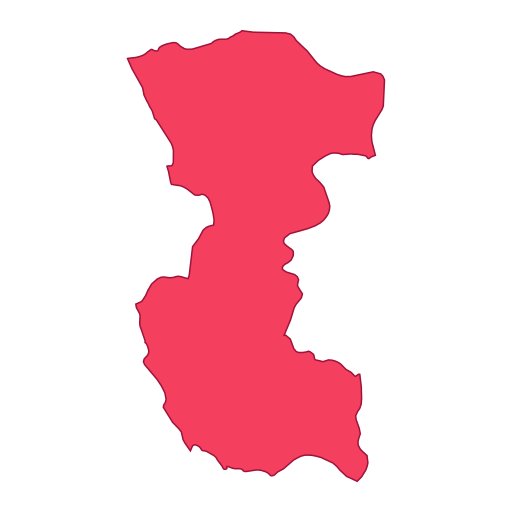 the Province of Bengo
{"feature_id": "AGO-1877", "entity_name": "Bengo", "entity_type": "Province", "adm_level": 1, "iso_a3": "AGO", "parent_name": "Angola", "parent_adm1": "", "projection": "albers", "projection_center": [13.878, -9.029], "detail": "fine", "context": "isolated", "style": "filled", "palette": "rose", "viewbox_px": 512, "rotation_deg": 0, "n_neighbors": 0, "source": "natural_earth", "source_scale": "10m", "svg_char_len": 4208}
<svg xmlns="http://www.w3.org/2000/svg" viewBox="0 0 512 512"><path d="M171.5,184.4L170.6,182.1L168.5,171.4L166.9,166.2L169.0,165.8L170.5,166.0L171.7,165.7L172.8,164.0L173.3,162.5L173.4,150.4L172.7,147.0L171.2,143.2L156.5,120.1L154.6,118.7L152.4,111.4L151.0,108.7L149.8,106.9L147.9,102.7L146.8,101.0L144.0,95.0L142.6,87.7L132.0,68.8L127.5,58.5L128.6,58.3L136.2,57.4L140.3,56.3L143.3,55.1L144.7,54.3L146.0,53.4L146.9,52.5L151.0,49.5L151.7,49.4L152.4,49.6L153.3,50.2L154.0,50.5L155.0,50.8L156.5,51.0L157.4,50.8L158.1,50.3L158.4,49.6L158.5,49.0L158.9,48.3L159.5,47.4L161.4,46.1L163.3,45.2L167.0,43.9L173.0,42.6L174.7,42.6L175.9,42.8L177.4,43.5L180.3,46.2L180.9,46.6L183.1,47.8L183.7,48.3L184.9,48.8L186.6,49.2L190.4,49.2L192.3,49.1L210.6,43.7L211.7,43.2L212.8,42.1L213.9,41.4L215.3,40.5L218.5,39.4L220.6,39.2L226.1,39.2L227.6,38.8L228.7,38.4L229.3,37.9L229.9,37.4L230.6,37.0L232.9,36.0L234.2,35.1L234.7,34.5L235.5,34.1L239.3,32.5L240.7,31.8L241.9,30.7L253.4,32.2L285.6,32.9L290.7,34.2L294.0,37.1L296.2,40.5L307.4,51.2L316.6,62.7L320.3,66.0L324.8,68.8L337.1,74.4L341.8,75.9L345.6,76.6L350.8,76.5L373.2,71.8L380.7,73.9L383.0,76.4L384.5,80.0L383.3,106.0L382.0,109.5L375.3,120.3L373.3,124.5L372.0,129.0L371.4,135.7L371.9,141.7L375.4,155.3L371.2,156.9L369.6,158.2L368.9,158.6L368.2,158.5L367.4,157.9L366.7,156.7L366.3,156.3L365.7,155.9L364.9,155.7L358.4,154.4L357.5,154.3L353.4,154.2L351.5,154.0L350.1,154.0L343.3,154.5L342.4,154.5L339.0,153.4L337.1,153.1L333.0,153.0L330.5,153.5L325.4,155.9L318.4,160.3L312.4,166.1L312.1,170.9L312.2,172.3L313.3,174.9L315.7,178.5L319.8,182.3L323.7,187.0L329.1,202.6L329.8,206.2L329.4,210.0L328.3,213.5L326.3,216.8L323.6,220.1L320.2,223.0L314.9,225.9L307.9,228.6L289.8,233.7L284.4,238.0L283.5,241.2L284.1,243.4L286.5,245.7L291.9,249.7L293.1,251.1L293.4,252.8L293.2,255.8L291.1,260.1L288.0,262.6L284.7,264.4L282.5,266.7L282.5,269.5L286.3,272.0L294.5,274.5L297.3,276.7L298.6,279.8L297.8,283.1L297.5,285.9L299.8,289.8L302.4,293.7L302.2,295.0L301.3,298.0L296.1,304.3L294.2,307.7L290.5,320.0L284.1,335.3L285.7,335.2L290.3,339.1L293.8,348.6L296.2,351.6L298.8,352.5L302.7,352.5L306.5,351.9L308.5,351.2L310.1,351.8L313.1,354.0L313.4,354.4L313.9,355.3L314.6,359.0L315.6,359.9L320.9,361.1L322.0,361.5L323.1,361.6L328.5,359.9L332.1,360.2L335.6,361.2L338.6,362.6L341.0,364.3L345.3,368.8L346.6,369.8L350.6,372.0L351.7,372.9L354.4,375.8L355.5,376.3L356.7,375.6L357.8,374.7L358.8,374.2L359.8,374.3L361.3,387.0L361.6,398.5L361.2,404.1L359.8,408.3L357.7,411.4L355.7,415.7L356.1,419.5L359.2,428.2L360.3,433.8L358.9,437.8L358.0,441.7L358.2,445.1L360.1,448.9L362.4,451.4L367.0,455.5L367.9,462.7L367.3,465.8L366.0,469.7L361.7,476.7L357.2,481.3L346.6,476.4L339.8,470.0L336.9,466.5L332.9,463.0L321.1,457.5L316.3,456.2L311.8,455.3L308.2,455.1L304.6,455.2L300.9,456.2L297.2,458.0L293.5,460.1L283.5,468.8L277.6,472.0L274.5,474.9L273.5,475.4L272.0,475.8L271.2,475.8L270.6,475.5L270.0,475.0L269.1,474.0L267.6,472.8L265.3,471.6L260.9,470.3L257.9,470.0L255.5,470.1L246.2,471.5L244.4,471.4L243.2,470.8L242.6,469.9L241.1,469.0L239.6,468.7L234.8,468.7L232.5,468.2L228.1,466.6L227.0,466.5L226.6,466.9L226.9,467.6L226.9,468.2L226.6,468.9L225.0,469.3L224.1,469.2L223.4,468.7L222.2,466.3L217.4,459.9L216.5,458.3L215.6,457.0L213.8,455.5L206.4,451.3L204.8,450.9L202.9,450.7L202.0,450.3L201.4,449.7L200.8,448.6L199.9,447.3L197.5,445.6L195.7,445.0L194.4,444.8L193.5,445.1L192.9,445.6L192.4,446.2L190.4,450.9L185.1,443.3L183.1,439.7L181.3,431.9L178.8,428.7L172.7,422.4L163.3,407.3L163.7,405.0L165.2,402.7L166.1,399.4L164.9,392.9L161.4,385.9L157.1,379.4L144.6,364.6L143.4,361.6L144.2,358.9L147.7,355.1L148.8,352.2L148.5,349.5L147.6,346.3L146.3,343.6L145.0,342.5L145.1,340.7L140.0,325.9L139.7,322.8L140.1,315.7L139.4,313.2L136.4,307.6L135.8,304.1L141.0,301.8L142.2,300.8L145.5,295.8L148.2,289.8L151.8,283.8L157.4,278.9L161.2,277.2L164.0,277.0L169.8,277.8L173.4,277.4L175.7,276.7L177.9,276.2L181.1,276.7L188.0,278.7L189.2,275.3L192.6,246.6L198.5,238.8L203.1,230.2L206.3,227.4L209.1,226.2L213.6,225.0L214.1,219.9L212.9,212.5L210.2,202.3L208.1,198.1L205.2,195.2L202.1,194.2L199.0,195.2L196.4,195.2L194.6,194.9L187.1,189.0L183.6,187.0L180.6,185.8L171.5,184.4L171.5,184.4Z" fill="#f43f5e" stroke="#9f1239" stroke-width="1.5"/></svg>